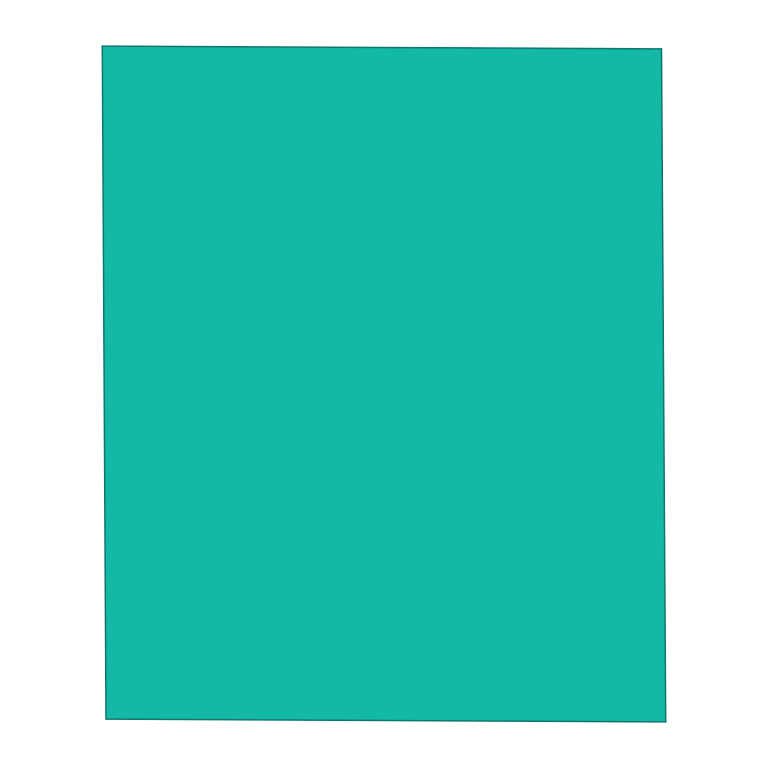 the district of Lane, Kansas, United States of America
{"feature_id": "52423323B53058903446766", "entity_name": "Lane", "entity_type": "district", "adm_level": 2, "iso_a3": "USA", "parent_name": "United States of America", "parent_adm1": "Kansas", "projection": "robinson", "projection_center": [-100.503, 38.481], "detail": "fine", "context": "isolated", "style": "filled", "palette": "teal", "viewbox_px": 768, "rotation_deg": 0, "n_neighbors": 0, "source": "geoboundaries", "source_scale": "gbopen_adm2", "svg_char_len": 201}
<svg xmlns="http://www.w3.org/2000/svg" viewBox="0 0 768 768"><path d="M102.3,46.1L106.0,719.1L386.2,720.5L665.7,721.9L661.5,48.9L102.3,46.1Z" fill="#14b8a6" stroke="#0f766e" stroke-width="1.5"/></svg>